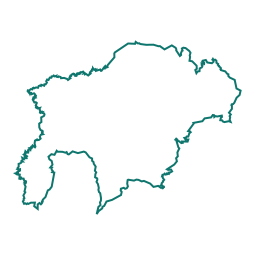 outline of Atwima Mponua, Ashanti, Ghana
{"feature_id": "2480657B25907117051030", "entity_name": "Atwima Mponua", "entity_type": "district", "adm_level": 2, "iso_a3": "GHA", "parent_name": "Ghana", "parent_adm1": "Ashanti", "projection": "mercator", "projection_center": [-2.226, 6.556], "detail": "fine", "context": "isolated", "style": "outline", "palette": "teal", "viewbox_px": 256, "rotation_deg": 0, "n_neighbors": 0, "source": "geoboundaries", "source_scale": "gbopen_adm2", "svg_char_len": 5645}
<svg xmlns="http://www.w3.org/2000/svg" viewBox="0 0 256 256"><path d="M212.9,58.9L212.4,59.7L213.7,60.6L213.5,61.8L211.9,63.2L207.3,62.5L205.8,60.0L202.7,60.7L202.3,61.3L204.2,62.8L204.1,64.0L201.6,63.3L201.7,65.1L202.5,65.8L201.8,67.4L199.7,68.4L199.5,71.2L197.6,71.5L196.4,73.2L195.3,70.0L196.8,68.8L196.6,65.7L192.2,61.3L189.5,60.8L190.1,56.9L189.7,55.5L190.5,52.8L189.3,51.0L185.6,48.1L183.3,47.7L181.9,48.5L182.6,50.6L181.8,51.0L180.9,53.4L181.1,55.0L179.9,56.0L176.2,50.4L176.3,49.2L175.6,47.8L171.8,45.4L164.5,49.4L159.9,46.1L158.4,46.2L153.4,44.7L146.1,44.8L140.2,44.0L139.4,43.3L137.8,43.4L135.7,41.9L135.1,43.8L128.1,43.5L114.9,52.4L114.3,53.4L114.4,57.3L107.8,65.0L107.2,66.0L107.6,67.1L105.9,67.7L105.2,66.1L103.9,67.5L104.4,68.5L103.2,68.6L101.5,70.8L100.8,70.8L100.2,69.5L96.2,70.8L96.3,69.8L95.6,70.3L95.1,69.2L94.1,69.9L92.9,68.1L92.8,69.0L91.9,69.4L91.9,70.9L91.0,71.1L90.6,72.4L90.0,72.3L89.6,73.5L90.3,73.8L88.2,75.5L85.7,73.7L84.9,74.3L84.5,73.1L83.6,73.4L84.0,72.7L83.2,71.6L80.4,72.6L80.4,73.5L79.7,73.8L79.7,72.8L78.4,73.8L78.6,73.2L77.2,73.3L75.8,75.0L76.1,75.9L75.2,75.9L75.1,74.9L73.6,74.5L73.9,73.8L73.3,73.6L71.4,74.7L71.2,75.9L70.3,75.8L69.5,77.6L70.4,78.2L68.0,80.0L67.2,79.0L64.1,77.9L61.0,78.2L60.6,77.0L58.6,76.4L58.1,77.1L56.6,76.8L56.1,76.4L56.3,75.8L54.6,76.4L53.7,75.5L52.7,76.4L51.6,76.4L51.3,77.7L49.8,77.6L48.5,80.0L47.1,79.5L46.2,81.2L46.9,82.6L45.6,84.4L44.4,84.3L44.1,85.7L41.3,84.8L40.9,86.0L39.9,85.5L38.7,86.0L38.0,87.8L36.1,87.4L34.2,88.3L33.6,87.7L32.7,88.1L32.3,89.4L30.8,89.1L29.1,90.6L27.9,90.3L27.6,91.1L29.4,93.3L29.6,92.7L29.9,93.5L30.1,92.8L31.2,92.9L31.6,94.2L34.0,93.3L35.3,94.6L35.7,94.3L34.9,95.8L35.9,96.0L35.6,97.1L34.8,97.2L35.4,97.7L34.1,98.1L34.1,97.3L33.9,98.5L33.2,98.1L32.9,99.1L33.6,99.1L33.1,100.2L34.4,102.5L35.8,102.2L36.8,103.0L35.7,105.6L36.9,106.7L36.1,106.8L35.9,107.5L37.6,108.5L40.0,107.9L39.4,109.1L39.9,109.9L39.4,110.7L40.0,110.3L40.2,110.8L39.9,112.6L40.4,112.9L40.8,112.3L41.2,113.0L41.0,111.9L41.8,111.7L41.8,112.4L42.3,112.3L41.9,112.8L44.2,113.5L44.5,114.7L43.9,116.0L41.2,117.4L41.4,122.0L39.2,123.6L39.3,127.4L40.5,130.0L42.5,130.8L42.8,131.9L41.9,132.3L42.0,133.2L43.1,134.2L40.9,134.7L39.8,136.6L40.6,138.6L39.0,139.9L37.1,140.2L36.9,139.5L35.0,140.6L34.6,143.5L35.4,146.7L35.0,147.3L32.6,145.4L32.1,146.3L32.9,146.6L32.3,147.2L31.3,146.7L30.6,147.6L30.9,148.0L29.9,148.1L30.6,148.7L29.8,149.0L30.5,149.4L30.4,150.0L29.3,149.2L28.2,149.9L28.0,150.7L28.9,152.0L28.3,151.7L28.2,152.6L27.0,152.6L27.4,152.0L26.3,152.2L25.4,151.2L25.0,152.7L25.6,153.2L24.2,154.2L25.0,154.4L24.9,155.3L25.5,155.1L24.6,155.8L25.3,156.5L25.6,155.8L25.6,156.9L26.5,155.9L27.1,156.3L26.3,157.5L25.5,157.3L26.2,158.2L24.9,158.3L25.0,157.5L24.1,158.7L22.9,158.1L23.4,159.0L22.6,158.8L22.9,159.6L21.7,160.7L22.6,161.5L21.5,161.5L21.4,161.0L21.3,162.0L21.6,162.1L20.7,163.1L18.6,163.9L18.7,166.7L17.7,167.9L18.2,168.6L17.3,169.2L18.1,169.7L20.0,169.2L20.0,170.6L16.9,172.3L17.1,173.7L16.4,173.1L15.4,173.4L17.0,174.4L18.0,173.5L18.0,174.3L19.8,174.6L19.3,178.7L20.0,178.9L20.2,177.2L21.2,177.5L21.4,178.7L23.6,178.6L24.2,180.7L25.3,181.0L24.6,182.2L26.0,182.0L25.9,182.9L26.5,183.2L24.9,183.1L24.5,184.3L25.6,186.6L24.5,191.5L25.3,192.2L23.4,195.4L24.4,198.2L23.6,198.9L23.8,200.1L22.9,201.4L24.1,203.8L25.1,203.3L26.6,204.1L27.4,203.4L28.3,203.9L30.9,202.7L34.9,202.6L34.2,206.2L37.7,208.9L37.7,204.4L39.5,203.0L40.9,204.3L41.9,203.3L41.9,201.5L42.7,201.5L42.8,199.7L45.5,197.0L47.8,190.4L49.6,189.5L51.7,186.7L54.3,172.6L52.2,172.2L52.9,171.2L51.8,169.9L51.4,168.2L51.8,167.7L50.3,167.5L52.5,164.7L51.7,161.0L49.4,159.3L48.5,156.7L51.4,154.2L54.5,154.8L56.7,150.8L57.5,151.7L62.4,151.8L65.5,152.7L66.6,152.1L67.6,154.1L68.8,154.4L72.6,151.4L77.9,153.1L83.8,151.6L85.7,152.4L89.5,157.3L92.1,158.5L92.1,160.8L93.5,162.0L93.8,163.8L95.7,166.6L94.9,170.7L96.2,172.4L95.4,174.1L95.1,177.3L97.2,178.4L97.3,179.9L96.5,181.8L97.9,184.0L98.8,187.9L98.4,189.8L99.0,192.0L100.2,193.2L101.0,198.1L100.9,200.7L100.0,202.4L100.5,205.1L98.4,206.9L96.7,214.1L98.6,211.1L102.2,208.4L102.5,206.8L104.2,205.9L106.5,201.5L112.0,199.9L121.0,195.0L121.7,191.9L120.7,190.6L120.9,188.7L123.8,187.8L125.1,188.8L126.8,188.2L127.9,186.4L127.2,183.7L127.6,180.1L128.2,179.7L134.0,180.6L136.4,179.6L138.6,179.9L141.7,181.4L143.9,180.9L150.2,183.6L153.5,186.9L158.2,185.9L160.8,187.8L162.2,187.7L162.8,189.0L162.9,187.5L163.9,187.2L163.9,186.6L160.9,185.3L161.7,184.5L161.6,183.3L163.1,181.7L162.9,181.1L164.2,179.8L162.8,177.9L162.6,176.0L162.1,176.1L162.5,174.8L163.7,174.7L164.5,173.7L165.5,174.6L166.8,174.3L166.8,173.5L168.7,173.9L168.6,172.6L169.2,172.5L169.0,173.2L172.1,171.4L171.1,169.6L168.1,169.9L167.0,169.3L174.2,164.6L176.9,161.3L176.1,158.2L177.8,156.3L177.4,152.4L179.3,148.4L178.4,147.4L176.2,140.1L175.4,139.7L176.2,138.7L177.4,139.7L177.3,141.3L178.8,141.1L181.4,143.1L182.7,142.8L182.2,141.5L187.6,141.6L188.3,139.5L185.5,139.5L184.4,137.9L186.2,137.5L186.7,136.5L188.3,136.5L189.3,133.3L190.7,132.2L190.2,131.5L188.2,131.1L193.7,123.6L193.4,122.9L202.4,121.2L204.6,118.4L211.1,117.4L212.8,115.0L214.0,115.2L214.3,117.0L215.4,116.1L217.2,116.5L221.8,115.6L222.0,116.9L220.8,117.9L220.3,120.2L222.2,120.4L222.9,121.5L224.4,122.1L228.8,121.2L230.6,121.9L229.7,119.6L230.2,117.1L229.6,116.1L230.8,114.5L229.0,112.7L231.9,108.9L231.9,105.7L231.4,105.2L231.7,104.3L233.1,104.1L234.3,102.8L236.6,97.7L239.6,95.0L240.6,90.6L236.5,88.5L234.7,79.9L229.8,77.6L228.3,76.0L228.4,74.3L227.2,73.8L225.3,71.4L220.9,70.1L220.4,69.2L220.9,68.7L220.7,67.7L218.8,66.3L219.0,65.8L217.8,64.8L218.1,63.9L216.4,62.7L216.4,60.8L215.3,59.7L213.5,59.9L212.9,58.9Z" fill="none" stroke="#0f766e" stroke-width="2"/></svg>